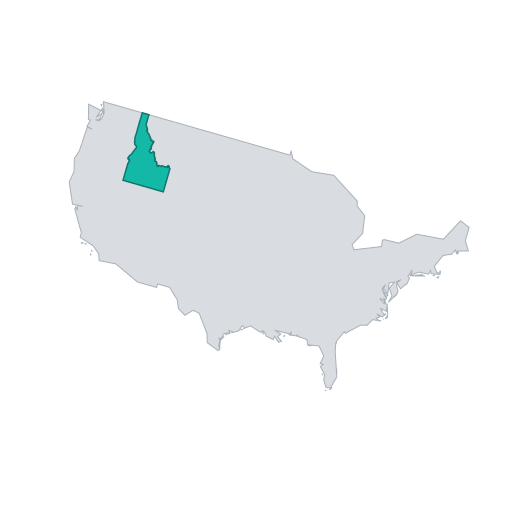 United States of America, with Idaho highlighted, rotated 16°
{"feature_id": "USA-3518", "entity_name": "Idaho", "entity_type": "State", "adm_level": 1, "iso_a3": "USA", "parent_name": "United States of America", "parent_adm1": "", "projection": "mercator", "projection_center": [-114.383, 45.496], "detail": "fine", "context": "in_parent", "style": "filled", "palette": "teal", "viewbox_px": 512, "rotation_deg": 16, "n_neighbors": 0, "source": "natural_earth", "source_scale": "10m", "svg_char_len": 8248}
<svg xmlns="http://www.w3.org/2000/svg" viewBox="0 0 512 512"><g transform="rotate(16 256 256)"><path d="M404.5,190.8L431.5,188.2L442.9,165.8L453.0,169.8L453.0,183.6L458.7,192.6L448.4,195.7L447.9,198.2L446.2,195.1L443.6,200.3L435.7,203.9L430.2,216.8L434.6,222.2L437.5,221.6L436.8,219.2L437.7,220.3L437.9,223.0L429.3,224.7L427.8,221.8L426.9,225.8L417.0,226.6L409.6,231.6L410.4,228.8L409.7,227.0L407.6,233.7L409.7,234.8L408.9,240.5L403.9,247.6L398.8,243.2L401.9,238.7L398.3,241.8L399.7,246.8L401.8,249.6L402.2,252.8L395.9,264.1L397.8,257.0L393.0,250.2L396.3,243.0L391.4,245.2L393.0,255.8L388.4,252.6L386.8,253.0L388.3,249.6L388.2,248.6L386.6,251.2L386.5,253.5L393.6,257.6L392.0,259.4L388.8,255.8L387.6,255.1L391.6,259.5L393.3,260.4L392.2,263.0L390.1,261.0L393.4,265.0L392.6,265.5L391.0,263.5L386.6,262.6L392.0,266.4L395.4,266.2L398.7,275.8L395.8,268.5L396.7,273.2L390.3,272.2L394.8,276.9L397.1,275.6L394.2,279.8L388.1,278.3L391.8,280.5L388.6,282.6L392.3,284.2L385.5,285.1L381.9,291.9L375.5,293.7L363.2,305.7L361.7,304.4L357.1,315.3L356.7,318.0L358.5,326.2L367.0,350.0L363.9,362.3L359.5,363.0L355.3,356.5L354.5,350.9L348.3,344.5L350.4,341.6L347.3,341.8L348.7,333.5L341.4,325.1L330.0,327.1L328.0,322.2L316.7,321.7L318.2,319.9L316.2,321.7L311.1,322.6L311.0,318.8L310.2,321.5L294.7,322.2L301.3,324.1L299.0,327.6L304.0,330.9L301.5,332.7L296.0,328.2L295.6,331.7L288.0,330.2L283.8,325.8L281.2,328.1L270.1,324.7L263.6,329.5L265.3,328.1L261.8,326.9L260.0,332.8L253.3,336.7L254.9,335.5L250.4,334.9L252.0,336.9L246.8,339.4L244.8,345.9L242.5,344.9L244.5,346.6L244.9,352.5L246.9,356.1L245.4,357.3L233.1,352.8L230.3,344.1L217.1,326.6L210.4,325.6L204.0,332.6L195.9,327.9L192.3,319.7L181.6,310.0L169.2,309.9L169.1,313.6L149.3,313.7L123.4,302.2L106.5,303.7L104.2,297.3L96.9,291.2L81.8,286.4L81.7,281.8L68.8,260.7L69.2,258.4L71.8,261.2L70.1,256.5L75.6,256.1L65.3,256.7L56.0,236.2L57.8,225.0L54.5,212.2L57.2,203.7L58.3,178.6L63.7,179.3L57.8,178.0L59.4,171.0L57.3,171.1L53.3,156.2L66.8,158.8L64.3,166.6L68.6,161.1L68.3,167.6L65.1,169.2L67.4,169.5L69.8,166.8L70.6,160.1L66.8,149.7L260.8,149.7L260.9,145.7L264.6,152.4L286.4,159.6L308.5,157.0L338.2,175.3L339.4,180.0L349.4,187.4L352.3,204.9L345.2,218.6L348.4,223.0L374.1,212.3L373.1,205.9L375.4,204.8L389.7,204.3L404.5,190.8ZM419.9,229.4L424.2,228.7L409.2,232.6L421.6,227.9L419.9,229.4ZM67.9,156.2L69.7,160.4L69.6,161.0L67.1,157.9L67.9,156.2ZM246.7,355.1L245.1,349.9L245.2,346.9L245.4,350.0L246.7,355.1ZM449.5,196.2L449.4,198.3L448.7,197.8L449.5,196.2ZM283.9,327.4L284.2,328.6L283.0,327.6L283.9,327.4ZM87.7,291.6L89.4,290.9L89.5,291.1L87.7,291.6ZM85.9,291.1L85.2,292.0L84.6,291.2L85.9,291.1ZM433.2,225.0L432.0,226.2L431.7,225.9L433.2,225.0ZM246.1,344.2L245.2,346.6L247.5,342.0L246.1,344.2ZM364.5,342.2L366.1,346.9L364.2,341.7L364.5,342.2ZM96.5,295.8L97.3,297.1L96.4,295.9L96.5,295.8ZM364.6,363.0L363.2,364.5L365.5,361.4L364.6,363.0ZM399.2,279.0L397.6,280.9L398.9,276.2L399.2,279.0ZM66.0,152.7L66.0,154.0L65.3,153.3L66.0,152.7ZM252.0,337.9L249.6,338.9L252.1,337.5L252.0,337.9ZM437.3,225.6L437.2,227.0L435.9,226.6L437.3,225.6ZM96.5,299.5L97.1,301.1L96.3,299.7L96.5,299.5ZM249.0,339.8L248.1,340.4L248.9,339.5L249.0,339.8ZM401.5,255.0L399.8,257.7L401.7,253.9L401.5,255.0ZM262.9,330.5L261.3,331.5L263.6,329.8L262.9,330.5ZM357.4,316.6L357.0,318.6L356.9,317.2L357.4,316.6ZM392.9,284.5L392.3,284.9L394.0,283.3L392.9,284.5ZM334.0,326.7L332.1,327.7L331.4,327.5L334.0,326.7ZM310.4,322.3L310.0,322.6L308.9,322.5L310.4,322.3ZM352.4,351.1L352.7,352.5L352.1,350.8L352.4,351.1ZM305.4,325.0L305.1,326.3L305.0,324.0L305.4,325.0ZM360.4,366.2L359.3,366.3L360.8,366.0L360.4,366.2ZM408.5,241.4L407.7,242.8L408.7,240.8L408.5,241.4ZM396.4,281.3L395.7,281.8L396.4,281.3Z" fill="#d9dde1" stroke="#a8b0b8" stroke-width="1"/><path d="M107.2,149.7L114.1,149.7L114.1,160.2L114.2,160.4L114.4,160.5L114.6,160.8L114.9,161.3L115.3,161.7L115.5,161.9L115.6,162.0L115.7,162.5L115.8,162.6L116.0,162.8L116.1,163.0L116.3,163.2L116.4,163.4L116.5,163.5L116.4,163.8L116.5,163.9L116.7,164.2L116.7,164.4L116.6,164.6L116.4,164.8L116.6,165.1L116.7,165.5L117.0,165.6L116.9,165.8L116.5,165.9L116.4,166.0L116.6,166.2L116.8,166.3L117.4,166.6L117.7,166.9L117.8,167.1L117.9,167.4L118.0,167.5L118.4,167.6L119.1,167.9L119.3,168.1L119.4,168.4L119.5,168.6L119.9,168.9L120.1,169.2L120.3,169.4L120.4,169.7L121.1,170.4L121.1,170.7L121.5,170.9L121.8,171.2L122.1,171.4L122.1,171.5L122.0,171.9L122.1,172.1L122.1,172.3L122.3,172.4L122.5,172.5L122.7,172.8L123.0,172.9L123.2,173.1L123.1,173.5L123.3,173.5L123.5,173.3L123.6,173.2L123.8,173.2L124.0,173.3L124.1,173.5L124.0,173.8L124.0,174.0L124.3,174.2L124.5,174.3L124.7,174.2L124.9,174.2L125.1,174.2L125.5,174.1L126.0,173.9L126.2,174.0L126.2,174.4L126.1,174.7L126.2,174.9L126.1,175.1L126.1,175.4L126.1,175.5L125.7,175.7L125.9,176.0L125.9,176.4L125.7,176.7L125.7,176.8L125.7,177.2L125.7,177.3L125.5,177.6L125.4,177.9L125.3,178.1L125.4,178.4L125.5,178.8L125.4,179.0L125.0,179.1L125.0,179.3L125.3,179.6L125.3,179.9L125.1,180.2L125.1,180.3L125.2,180.5L125.2,180.8L125.3,180.8L125.7,181.0L125.6,181.4L125.6,181.5L125.8,181.9L125.8,182.0L125.7,182.1L125.5,182.3L125.4,182.3L125.1,182.3L124.8,182.9L124.6,183.0L124.8,183.4L125.0,183.7L125.0,183.8L125.0,184.1L124.9,184.4L124.7,184.5L124.8,184.9L124.8,185.0L124.7,185.1L124.9,185.2L125.3,185.3L125.6,185.5L126.0,185.9L126.1,186.0L126.3,186.0L126.7,185.9L126.8,185.5L126.9,185.4L127.0,185.4L127.4,185.3L127.7,185.1L127.8,184.9L128.0,184.8L128.2,184.5L128.2,184.4L128.5,184.3L128.5,184.2L128.5,183.9L128.8,183.9L129.2,184.3L129.3,184.4L129.3,184.5L129.8,184.7L129.9,184.8L130.0,185.0L129.9,185.2L129.9,185.3L129.8,185.5L130.1,185.7L130.2,185.8L130.3,186.1L130.2,186.2L130.2,186.4L130.2,186.5L130.2,186.8L130.4,186.9L130.5,187.1L130.5,187.6L130.5,187.8L130.8,188.1L130.9,188.3L131.4,188.8L131.4,189.0L131.5,189.2L131.6,189.3L131.6,189.6L131.9,189.6L132.0,189.6L132.1,189.9L132.3,190.3L132.5,190.6L132.5,190.9L132.4,191.2L132.4,191.3L132.2,191.4L132.1,191.5L132.3,191.8L132.5,192.2L132.6,192.4L133.0,192.5L133.1,192.9L133.3,192.9L133.5,192.9L133.7,192.7L133.8,192.6L134.1,192.7L134.2,192.8L134.5,193.1L134.7,193.3L134.8,193.5L135.0,193.9L135.1,194.0L135.2,194.3L135.1,194.6L135.1,194.8L135.3,195.0L135.3,195.3L135.5,195.4L135.6,195.5L135.5,195.8L135.5,196.0L135.8,196.3L136.0,196.6L136.4,196.7L136.6,197.0L136.8,197.0L136.9,196.9L136.7,196.6L136.8,196.4L137.3,195.9L137.5,195.9L137.8,195.7L138.0,195.8L138.9,195.9L139.0,196.0L139.4,196.0L139.5,196.1L139.8,196.2L140.0,196.1L140.1,195.8L140.2,195.5L140.3,195.4L140.7,195.2L140.9,195.1L141.0,195.2L141.2,195.3L141.5,195.3L142.0,195.4L142.7,195.3L142.8,195.3L143.1,195.2L143.5,195.2L143.7,195.3L143.8,195.5L144.0,195.5L144.2,195.4L144.4,195.4L144.8,195.2L145.7,195.1L146.1,195.3L146.3,195.3L146.4,195.2L146.1,195.1L146.0,194.8L146.0,194.6L146.1,194.4L146.3,194.2L146.3,193.8L146.3,193.7L146.5,193.6L146.8,193.5L146.9,193.3L147.1,193.3L147.4,193.5L147.5,193.7L147.8,194.1L147.8,194.3L148.0,194.4L148.0,194.5L148.1,194.9L148.4,195.1L148.5,195.2L148.6,195.4L148.8,195.6L149.2,195.8L149.2,219.9L107.3,219.9L107.3,202.8L107.3,202.6L107.2,202.4L107.3,202.2L107.5,202.1L107.6,201.7L107.8,201.2L107.8,200.8L107.9,200.5L107.9,200.4L107.8,200.2L107.7,199.9L107.7,199.7L107.9,199.6L108.0,199.6L108.1,199.4L108.1,199.2L108.2,198.9L108.0,198.7L107.7,198.6L107.7,198.4L107.6,198.2L107.1,198.2L106.8,197.9L106.7,197.8L106.4,198.1L106.2,197.9L106.0,197.6L106.1,197.3L106.0,197.1L106.0,196.9L105.9,196.8L105.9,196.6L106.1,196.2L106.1,195.8L106.2,195.7L106.4,195.6L106.5,195.4L106.6,195.1L106.7,194.7L106.8,194.5L107.0,194.1L107.2,193.6L107.4,193.3L107.8,193.1L107.9,192.9L108.0,192.8L108.4,192.2L108.6,191.8L108.6,191.6L108.7,191.2L108.6,190.8L108.6,190.7L109.4,189.3L109.6,189.0L109.7,188.4L109.9,188.0L109.9,187.6L109.9,187.4L110.0,187.2L110.2,186.9L110.3,186.6L110.7,186.2L110.7,185.8L110.9,185.5L111.1,185.2L111.3,184.9L111.3,184.6L111.2,184.4L111.0,183.9L110.8,183.5L110.7,183.3L110.6,183.2L110.2,183.1L109.8,182.8L109.6,182.6L109.1,182.5L109.0,182.2L108.6,181.7L108.4,181.2L108.3,180.9L108.1,180.4L107.8,179.9L107.7,179.8L107.9,179.5L108.0,179.4L108.1,179.2L107.9,178.7L107.8,178.2L107.7,178.0L107.5,177.6L107.2,177.1L107.2,176.8L107.2,176.5L107.1,174.7L107.2,171.2L107.1,159.7L107.2,156.4L107.2,149.7Z" fill="#14b8a6" stroke="#0f766e" stroke-width="1.5"/></g></svg>